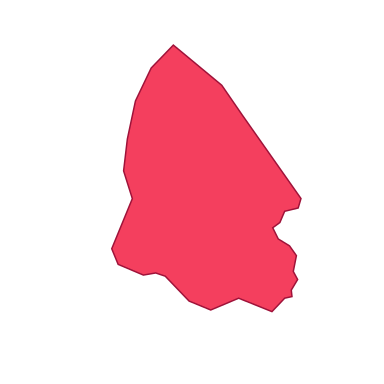 Calderdale, Equal Earth projection, rotated 246°
{"feature_id": "GBR-5672", "entity_name": "Calderdale", "entity_type": "Metropolitan Borough", "adm_level": 1, "iso_a3": "GBR", "parent_name": "United Kingdom", "parent_adm1": "", "projection": "equal_earth", "projection_center": [-2.016, 53.755], "detail": "fine", "context": "isolated", "style": "filled", "palette": "rose", "viewbox_px": 384, "rotation_deg": 246, "n_neighbors": 0, "source": "natural_earth", "source_scale": "10m", "svg_char_len": 530}
<svg xmlns="http://www.w3.org/2000/svg" viewBox="0 0 384 384"><g transform="rotate(246 192 192)"><path d="M55.8,240.8L57.3,233.5L50.2,216.4L76.0,191.4L76.6,161.1L93.5,145.0L126.0,133.3L132.8,125.9L135.9,113.8L155.9,95.1L172.8,95.6L210.2,134.8L239.1,138.1L266.7,154.5L298.2,177.4L321.9,205.2L333.8,234.7L277.4,262.6L241.9,269.2L141.7,288.9L134.2,282.5L136.7,268.8L128.4,259.9L126.5,251.2L114.0,251.7L103.1,259.2L91.4,261.5L78.2,252.2L69.1,252.9L62.0,242.8L55.8,240.8Z" fill="#f43f5e" stroke="#9f1239" stroke-width="1.5"/></g></svg>